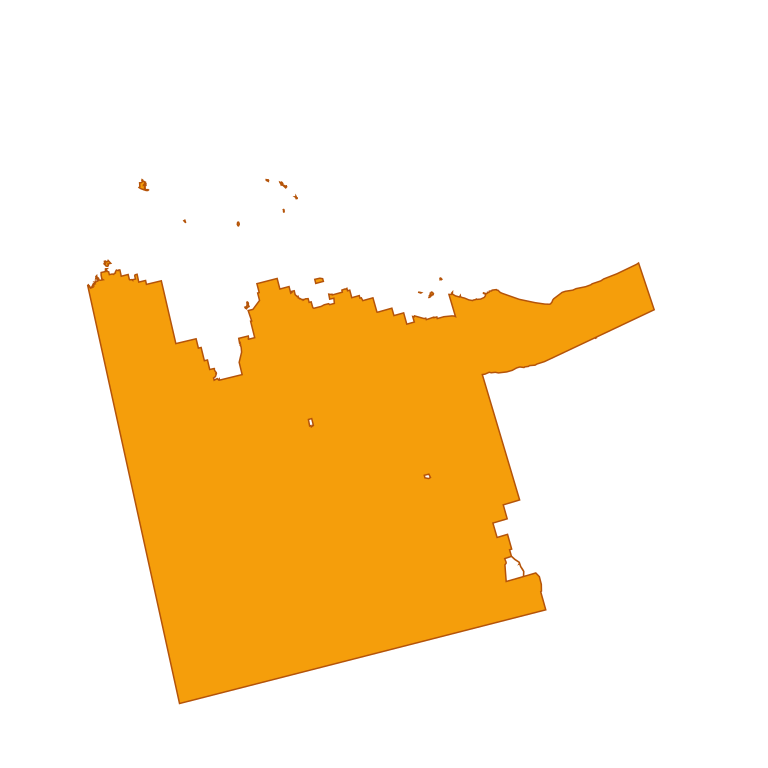 Unincorporated SA, South Australia, Australia (orthographic projection), rotated 165°
{"feature_id": "25037944B19571193858150", "entity_name": "Unincorporated SA", "entity_type": "district", "adm_level": 2, "iso_a3": "AUS", "parent_name": "Australia", "parent_adm1": "South Australia", "projection": "orthographic", "projection_center": [135.729, -30.866], "detail": "fine", "context": "isolated", "style": "filled", "palette": "amber", "viewbox_px": 768, "rotation_deg": 165, "n_neighbors": 0, "source": "geoboundaries", "source_scale": "gbopen_adm2", "svg_char_len": 6187}
<svg xmlns="http://www.w3.org/2000/svg" viewBox="0 0 768 768"><g transform="rotate(165 384 384)"><path d="M644.7,555.9L664.2,128.3L286.2,124.0L286.4,142.8L285.5,143.2L283.9,149.7L283.8,157.7L286.3,162.2L299.0,161.9L297.5,166.8L298.0,168.8L299.2,172.3L299.5,176.8L303.0,180.8L305.5,184.7L305.6,191.4L303.4,191.5L303.6,206.8L314.5,206.5L314.8,221.5L299.9,221.9L300.1,236.4L283.0,236.9L286.6,367.7L283.9,367.4L279.3,368.1L277.5,367.1L273.4,366.5L270.6,365.1L262.3,363.9L256.6,364.0L251.7,365.2L248.4,365.3L244.5,363.7L243.6,364.1L239.9,363.6L238.7,364.1L233.2,363.1L231.0,363.7L223.2,364.1L168.0,374.1L167.9,373.5L166.9,373.7L167.0,374.3L103.8,385.8L106.8,435.0L109.1,434.2L130.4,430.2L144.6,428.6L147.9,427.5L157.1,426.9L158.5,426.3L164.0,425.8L173.8,426.4L177.3,425.8L184.9,426.6L188.2,426.4L198.0,422.4L199.3,421.4L200.4,419.8L202.4,418.3L203.4,418.2L207.8,419.5L216.9,423.4L231.5,430.8L246.1,440.8L248.0,442.3L249.7,445.1L250.5,445.3L251.0,446.1L255.3,446.7L255.9,446.1L258.2,446.4L258.5,445.6L260.2,445.3L260.4,445.6L260.8,444.9L261.8,444.7L264.3,446.3L264.5,446.0L263.8,445.2L263.0,445.1L262.7,444.4L263.3,442.9L264.7,441.7L268.8,441.0L272.5,441.7L272.8,442.2L274.0,441.8L276.1,442.0L276.7,441.6L280.3,443.3L283.9,446.1L286.6,447.6L287.5,448.4L287.4,449.7L288.6,448.5L292.3,450.7L294.7,453.2L294.1,455.0L295.1,454.3L294.9,453.7L295.4,453.0L298.1,453.7L297.5,430.6L298.7,431.5L300.8,432.2L308.7,433.5L315.6,433.4L315.6,435.1L318.6,435.1L318.6,435.7L326.5,435.2L326.6,436.8L328.3,436.8L336.9,441.9L337.4,441.1L338.8,441.8L338.7,436.0L346.5,435.9L346.6,447.6L356.7,447.5L356.8,455.2L371.7,455.0L372.2,455.3L372.4,470.1L382.9,470.0L383.6,473.1L385.0,473.2L385.0,475.8L392.8,475.7L392.8,483.5L395.1,483.5L395.1,486.0L396.3,485.6L397.3,485.9L400.4,485.6L400.5,483.5L410.9,483.4L411.0,484.2L412.0,484.2L414.1,485.1L414.5,480.0L410.2,479.8L411.1,474.7L415.9,474.7L416.7,475.9L421.2,476.0L424.6,475.2L432.2,475.3L433.0,476.2L433.1,482.2L435.2,482.2L435.2,486.1L437.9,486.6L440.4,485.9L440.4,486.7L441.4,486.7L442.8,488.2L443.5,488.2L444.1,489.6L444.5,489.6L444.3,491.0L445.3,491.0L446.7,493.3L446.6,497.3L450.0,497.4L449.3,496.3L450.6,495.8L450.5,502.7L460.0,502.7L459.9,513.6L480.8,513.8L480.9,504.6L482.5,504.6L482.6,496.9L491.3,490.0L496.2,490.1L495.5,479.1L496.6,479.2L496.9,462.2L503.3,462.3L503.5,462.7L502.9,463.5L502.7,465.5L512.5,465.7L512.9,461.1L512.3,461.2L512.7,459.9L512.3,459.5L512.9,458.4L512.5,457.9L512.5,456.2L513.3,451.6L518.3,442.4L518.6,429.8L541.8,430.3L541.8,431.5L542.7,430.7L543.7,432.4L547.1,431.6L547.1,433.9L544.9,434.8L543.3,437.3L543.7,437.6L543.1,438.4L544.0,440.6L544.2,442.5L543.4,442.9L548.6,443.1L548.3,452.9L551.5,453.0L551.2,466.6L554.0,466.7L553.8,476.3L574.6,476.9L572.4,541.3L587.7,541.7L587.5,545.7L594.5,545.9L594.1,553.9L596.1,553.9L596.8,553.1L596.9,549.7L599.7,549.8L599.9,549.2L600.5,550.1L602.6,550.4L602.9,550.8L602.8,556.0L609.9,556.1L609.6,562.5L610.5,562.8L611.4,562.3L613.0,563.3L614.3,562.0L614.7,560.7L615.8,560.7L616.7,559.8L618.1,560.6L621.0,560.7L620.9,563.6L621.7,564.0L623.0,566.3L621.7,567.0L623.2,567.3L623.8,565.5L623.5,565.5L623.5,564.7L628.4,564.9L629.1,562.3L629.3,558.6L628.3,557.4L631.2,557.6L632.0,558.1L632.5,558.8L632.3,559.9L633.7,561.9L633.5,563.0L634.5,562.4L634.6,561.7L634.2,561.6L634.7,560.9L634.2,560.4L635.1,560.5L635.3,560.1L633.6,560.0L634.1,559.5L633.1,558.0L634.1,557.4L636.0,558.1L636.2,556.9L637.1,557.2L636.7,556.6L637.6,556.4L637.3,555.7L637.7,555.8L638.3,555.1L638.7,555.6L638.8,555.2L639.3,555.5L639.6,555.1L639.3,554.2L639.9,554.5L640.6,554.1L640.8,553.5L640.1,553.6L640.0,553.0L641.3,553.2L641.2,552.7L642.7,552.6L642.8,553.5L643.3,553.8L643.2,554.5L643.7,554.7L643.5,555.1L644.0,555.2L643.7,555.5L643.9,556.3L644.7,555.9ZM305.5,184.5L303.1,180.7L299.6,176.8L299.5,175.8L300.0,175.3L299.5,175.4L299.3,172.2L297.6,166.8L299.1,161.9L317.1,161.6L314.0,178.0L312.4,179.3L312.2,180.3L312.6,184.1L305.5,184.5ZM466.7,362.7L466.2,369.3L462.8,369.3L462.9,362.6L463.5,362.6L463.3,362.1L465.3,361.4L465.4,362.7L466.7,362.7ZM365.3,281.1L368.8,282.8L368.7,285.4L364.0,285.3L363.3,281.7L365.3,281.1ZM561.3,632.4L561.7,632.9L563.4,633.1L564.1,634.3L564.9,634.2L563.9,635.3L563.9,636.1L564.5,635.6L564.2,636.5L562.6,637.4L562.9,638.2L565.0,638.1L564.8,638.6L562.6,639.5L562.1,639.2L562.1,639.6L562.9,639.9L562.5,640.6L563.1,640.6L562.9,641.2L563.4,641.8L564.4,642.1L564.3,642.5L564.7,642.7L564.3,643.4L564.8,644.0L565.2,643.3L564.7,642.1L566.4,641.3L568.0,641.6L568.7,637.9L569.8,637.2L568.2,635.5L563.6,632.4L562.1,632.0L561.3,632.4ZM416.0,498.8L416.0,501.6L418.6,502.8L423.8,503.0L423.9,498.8L416.0,498.8ZM616.7,571.3L618.5,574.7L619.1,573.9L620.3,573.7L621.0,574.1L620.8,574.4L621.1,574.8L622.3,574.9L622.5,574.0L622.0,572.7L623.3,572.5L622.9,571.6L622.4,571.6L622.0,569.9L620.8,569.3L620.2,569.3L619.4,570.3L619.7,571.4L616.7,571.3ZM494.9,498.7L495.2,498.5L494.8,497.7L495.4,497.7L495.6,496.7L495.2,496.9L495.2,496.5L495.9,495.3L497.3,494.2L498.5,494.2L498.3,493.2L497.3,492.2L496.2,493.3L494.3,493.7L494.6,495.7L494.2,496.7L494.4,497.5L494.2,497.9L494.9,498.7ZM428.3,600.8L430.4,602.9L430.5,603.6L429.9,603.9L430.3,605.0L430.8,605.6L431.7,605.3L432.4,605.9L432.4,605.3L431.9,604.9L431.8,602.7L431.2,602.8L430.1,601.9L428.2,598.9L427.1,599.6L427.0,599.9L427.4,600.2L427.2,600.7L428.3,600.8ZM312.9,458.4L313.4,459.9L314.4,460.5L314.8,459.8L315.7,459.9L316.2,458.5L316.9,457.9L316.3,457.9L316.2,457.1L317.6,456.1L318.9,455.8L316.6,456.2L314.8,457.8L314.5,457.8L314.5,457.6L315.3,456.8L314.1,457.7L313.4,457.6L313.4,458.1L312.9,458.4ZM483.6,574.4L482.5,575.7L482.4,576.3L482.5,577.8L483.0,578.2L483.6,577.9L484.4,576.2L484.1,574.7L483.6,574.4ZM443.2,610.3L442.8,610.5L442.9,611.1L444.9,611.9L445.0,611.1L443.3,609.7L443.2,610.3ZM420.2,586.6L420.5,588.3L420.8,587.6L421.5,587.8L420.9,587.1L420.9,585.8L420.1,585.6L420.0,585.1L419.7,586.3L420.2,586.6ZM533.8,591.0L534.0,593.8L535.1,593.5L533.8,591.0ZM301.8,471.7L302.6,471.6L302.8,470.3L302.0,470.5L301.8,469.9L301.0,470.2L301.8,471.7ZM324.2,462.5L325.6,463.3L327.3,463.9L325.0,462.4L325.4,462.2L324.2,462.5ZM435.8,577.9L436.2,576.5L437.0,576.1L435.9,576.1L435.5,578.1L435.7,578.5L436.2,578.3L435.8,577.9Z" fill="#f59e0b" stroke="#b45309" stroke-width="1.5"/></g></svg>